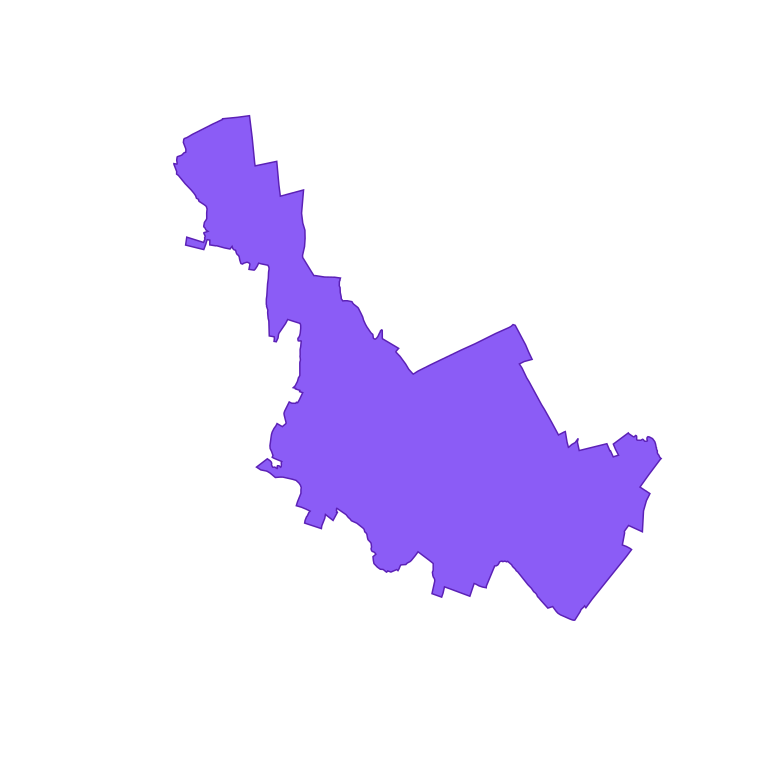 Baltati, Iasi, Romania, rotated 31°
{"feature_id": "2599482B27793001120965", "entity_name": "Baltati", "entity_type": "district", "adm_level": 2, "iso_a3": "ROU", "parent_name": "Romania", "parent_adm1": "Iasi", "projection": "equal_earth", "projection_center": [27.116, 47.24], "detail": "fine", "context": "isolated", "style": "filled", "palette": "violet", "viewbox_px": 768, "rotation_deg": 31, "n_neighbors": 0, "source": "geoboundaries", "source_scale": "gbopen_adm2", "svg_char_len": 6150}
<svg xmlns="http://www.w3.org/2000/svg" viewBox="0 0 768 768"><g transform="rotate(31 384 384)"><path d="M639.9,491.7L643.2,487.9L648.7,490.2L651.2,490.9L654.2,491.0L664.5,489.7L667.1,489.2L668.6,488.6L669.2,488.0L669.4,478.3L669.1,475.8L670.1,472.1L670.2,470.9L672.3,471.8L673.2,461.5L680.6,407.0L681.5,398.4L679.6,398.2L675.5,398.4L671.2,399.2L667.0,387.9L665.9,386.4L666.5,379.3L681.6,377.6L671.8,359.1L669.0,348.8L668.4,341.0L656.5,340.5L657.7,325.2L659.7,306.0L660.0,305.2L658.2,304.8L656.1,303.4L654.7,302.9L653.7,302.2L652.7,300.5L651.0,299.4L650.5,298.4L649.9,298.1L647.6,295.5L645.7,293.9L642.3,292.5L638.9,292.7L637.4,293.2L637.1,294.2L637.3,295.0L637.9,296.0L638.7,296.6L639.0,297.0L638.9,297.4L638.2,298.1L636.8,298.8L634.8,298.1L634.1,298.2L633.1,300.0L630.0,301.7L629.2,301.5L627.7,299.0L627.2,298.5L626.8,298.4L626.2,298.5L626.0,299.0L625.9,300.0L625.4,300.6L624.5,300.8L619.4,300.5L618.6,300.1L611.5,317.4L616.3,320.9L621.7,324.2L618.0,328.4L612.5,324.6L612.1,325.0L605.8,320.4L585.6,340.5L579.6,334.1L578.5,330.6L578.0,335.8L576.1,339.2L575.0,342.8L574.7,343.3L570.9,339.6L563.9,331.4L563.1,332.4L559.8,337.8L547.0,330.2L534.9,323.3L529.7,320.6L507.1,307.3L503.1,305.2L494.2,299.3L489.7,297.1L492.6,292.5L498.3,286.6L491.5,282.1L485.2,277.5L466.2,266.1L464.0,266.6L463.3,269.0L462.2,271.0L453.7,283.2L441.4,302.5L432.7,315.1L414.3,343.1L406.5,355.4L404.0,360.4L403.4,360.4L397.6,358.6L392.2,355.7L383.6,352.1L377.9,350.5L377.5,349.9L378.2,345.9L359.5,346.0L358.9,345.5L354.8,338.8L354.0,338.9L353.6,340.5L354.0,341.8L353.9,342.7L354.3,346.3L354.1,348.2L353.6,349.8L353.2,350.2L352.0,350.3L351.2,350.1L349.1,347.5L348.6,347.2L347.0,347.0L345.5,346.4L339.8,343.8L337.2,342.3L333.6,339.8L331.3,337.6L328.5,335.7L322.8,332.1L321.6,331.8L316.8,331.2L315.4,330.7L314.6,330.1L313.9,330.0L309.5,331.6L307.1,333.1L305.9,334.0L303.5,332.9L302.2,331.1L299.4,328.1L296.7,324.0L295.1,322.9L293.0,319.2L292.9,317.9L292.4,316.9L292.1,315.6L286.9,317.8L278.0,322.9L269.4,326.4L268.1,327.2L264.5,325.4L249.1,317.4L247.9,315.6L245.1,307.1L241.4,299.9L237.0,292.9L231.5,287.9L225.4,280.1L215.1,259.1L198.4,276.4L191.3,267.4L177.4,248.4L161.2,263.4L159.5,261.4L144.1,240.7L130.5,223.3L121.0,230.9L109.0,239.8L109.3,240.3L109.2,240.6L103.5,249.1L91.3,268.5L88.2,274.2L86.4,276.5L86.4,277.5L87.6,280.3L92.7,284.3L93.6,285.3L94.7,287.5L93.6,288.6L92.7,292.1L89.8,295.6L89.9,296.3L91.0,298.9L92.9,301.2L93.2,301.8L93.2,302.2L90.4,303.3L90.9,304.0L96.9,308.7L98.1,310.9L100.3,311.1L110.3,314.7L118.8,317.0L122.6,318.3L125.5,319.6L127.6,321.4L129.0,321.2L130.1,321.5L130.8,322.4L131.8,322.7L137.3,322.9L139.3,323.1L140.5,323.5L141.3,324.4L142.1,324.9L143.9,328.7L146.8,333.4L147.0,334.5L146.8,337.9L148.2,341.6L148.9,342.2L150.3,342.5L151.9,343.6L154.5,343.8L151.7,347.0L151.9,347.5L152.5,348.0L154.6,349.3L155.0,351.2L155.9,352.0L156.1,353.2L156.0,353.6L156.4,354.6L156.2,355.4L156.3,355.6L139.3,359.7L142.4,367.1L160.3,361.6L159.2,355.7L158.2,352.1L158.2,351.3L160.6,350.4L163.0,354.5L168.5,352.3L169.3,351.7L177.2,349.5L182.5,347.6L182.9,344.3L184.7,345.8L186.4,346.2L187.9,345.8L190.0,347.8L191.4,348.6L193.1,348.8L194.4,349.6L196.3,351.8L199.1,354.3L199.5,354.4L200.9,354.1L201.7,352.5L203.7,350.3L204.6,349.9L206.1,349.8L207.3,350.2L209.2,355.3L214.0,353.3L214.3,352.6L214.5,351.3L214.6,348.3L214.3,345.0L217.3,344.1L223.3,342.0L225.1,343.1L226.2,344.5L227.4,347.5L230.4,353.0L232.6,358.1L238.0,368.5L239.4,371.8L242.0,376.2L243.0,377.2L243.4,378.0L246.3,380.4L247.6,382.9L250.9,387.4L252.9,389.4L260.9,401.9L265.5,400.1L266.5,401.3L267.8,404.1L269.9,403.3L269.5,399.2L268.0,395.7L267.8,394.3L268.5,382.9L268.2,378.3L280.8,375.3L282.2,376.4L283.9,379.1L286.1,383.8L286.8,386.1L286.9,388.1L286.7,388.7L286.9,389.7L288.1,391.1L288.8,391.0L290.6,389.8L291.1,390.1L293.4,395.0L294.3,397.6L297.2,402.3L297.7,403.5L299.7,406.0L300.3,407.2L300.5,408.2L301.0,409.3L307.4,419.9L307.6,421.4L307.4,422.4L308.5,426.5L308.8,431.3L308.1,433.9L310.5,433.2L310.7,433.8L315.2,432.8L315.6,434.0L318.8,433.3L319.6,441.5L319.6,444.5L318.3,444.8L318.3,445.7L318.1,446.1L314.8,448.0L312.0,448.2L312.8,458.4L313.2,460.1L313.6,461.0L314.7,462.3L320.0,467.6L320.3,468.5L318.8,472.9L312.7,473.0L312.9,475.5L312.6,478.7L312.9,482.8L313.5,485.1L314.4,487.3L318.0,495.6L319.7,498.0L322.3,499.7L325.6,502.4L325.9,504.4L328.1,504.3L336.3,503.1L336.5,504.5L337.5,505.8L338.4,507.7L338.3,508.6L336.0,508.2L334.8,508.9L334.9,509.7L336.0,510.9L335.9,511.5L333.1,511.5L331.7,512.6L331.0,512.5L329.2,511.2L328.7,510.0L327.7,509.0L325.8,508.4L322.5,508.2L317.5,520.9L322.6,521.1L327.9,519.2L329.0,519.0L332.1,519.0L339.0,520.1L342.9,517.3L345.3,515.9L354.6,512.8L358.3,511.9L362.1,512.7L364.3,513.7L366.4,515.4L367.2,517.3L369.1,520.5L370.5,529.4L371.5,533.5L376.9,532.1L381.7,531.4L386.2,531.0L385.8,532.8L386.2,536.6L386.0,537.8L386.6,541.5L387.6,544.1L404.8,540.2L403.7,537.6L402.4,529.6L401.0,526.0L410.6,527.2L410.2,518.4L409.8,518.6L409.4,518.5L409.4,517.5L408.4,517.0L407.5,515.2L407.6,514.8L418.8,515.5L422.2,516.8L424.2,517.1L426.5,518.0L432.4,517.3L440.1,518.3L441.8,518.8L443.6,520.6L445.3,520.9L446.7,521.6L449.1,524.4L450.5,525.7L453.7,526.6L455.0,527.2L457.3,530.2L457.8,532.0L459.1,533.2L460.2,533.6L461.7,533.2L463.8,533.6L464.7,534.1L463.5,537.7L465.8,540.8L467.9,543.1L472.6,544.4L476.2,544.7L478.8,543.4L483.0,544.0L483.4,543.2L483.5,542.3L486.8,541.6L490.5,536.5L492.1,536.8L492.1,534.9L491.6,531.6L491.7,530.3L495.7,527.5L496.1,525.6L497.8,522.8L498.3,521.2L499.2,515.0L499.6,510.3L513.7,511.8L518.6,512.5L522.0,518.2L522.3,519.3L522.4,520.4L524.5,523.0L525.8,524.1L527.3,524.8L528.1,525.5L529.0,526.8L533.1,539.0L543.2,537.0L542.3,532.8L540.3,526.7L566.9,521.7L564.0,508.6L566.0,508.2L569.4,508.1L573.0,507.3L576.6,506.0L575.8,504.4L572.8,484.3L572.9,484.1L572.5,483.3L572.6,482.9L573.9,482.0L574.7,480.6L574.9,479.5L574.7,479.1L574.9,478.1L574.6,477.2L574.8,476.7L575.9,475.4L576.7,475.0L577.3,475.1L578.8,473.6L580.8,473.2L581.4,472.3L586.5,473.2L588.2,474.2L592.3,475.2L593.3,475.9L595.5,476.2L610.7,481.9L615.3,483.1L619.3,484.9L621.2,485.1L623.1,485.7L625.2,487.2L626.3,487.4L630.4,488.8L639.9,491.7Z" fill="#8b5cf6" stroke="#5b21b6" stroke-width="1.5"/></g></svg>